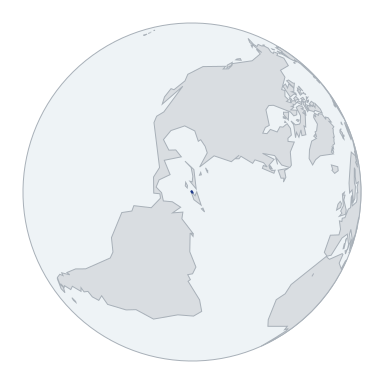 Grand'Anse on an orthographic globe, rotated 57°
{"feature_id": "HTI-1359", "entity_name": "Grand'Anse", "entity_type": "Department", "adm_level": 1, "iso_a3": "HTI", "parent_name": "Haiti", "parent_adm1": "", "projection": "orthographic", "projection_center": [-74.06, 18.515], "detail": "fine", "context": "on_globe", "style": "filled", "palette": "blue", "viewbox_px": 384, "rotation_deg": 57, "n_neighbors": 0, "source": "natural_earth", "source_scale": "10m", "svg_char_len": 9236}
<svg xmlns="http://www.w3.org/2000/svg" viewBox="0 0 384 384"><g transform="rotate(57 192 192)"><circle cx="192" cy="192" r="169" fill="#eef3f6" stroke="#a8b0b8"/><path d="M180.0,221.8L176.0,219.9L172.1,224.7L158.5,216.1L153.8,205.9L113.1,186.1L109.2,180.4L109.5,172.0L98.3,142.1L102.1,169.1L97.3,163.3L93.9,153.3L96.4,151.4L95.0,137.4L91.0,131.4L92.8,114.5L104.9,95.3L105.8,98.8L108.6,94.3L107.7,89.8L106.4,88.0L114.7,70.1L113.4,59.6L107.4,60.3L113.0,57.5L98.0,62.1L93.7,61.3L101.9,59.9L105.4,58.2L104.2,56.2L107.5,54.0L108.8,52.0L112.9,49.7L117.4,49.6L120.1,48.4L119.1,47.1L122.6,44.5L123.6,46.4L129.8,42.1L138.5,42.4L138.1,51.5L146.3,51.5L154.9,61.0L157.5,58.9L162.4,61.9L167.3,60.8L167.5,63.4L171.2,60.3L170.1,58.3L171.3,56.3L174.1,55.6L174.8,58.6L173.5,59.4L175.2,60.0L174.4,61.8L176.4,60.5L176.9,64.5L180.5,59.6L184.3,62.1L183.6,65.1L178.4,65.9L163.6,76.5L161.3,80.6L163.3,85.2L178.2,90.9L177.8,95.3L181.2,100.6L183.9,97.3L182.2,92.2L188.0,87.9L185.2,82.7L187.1,80.4L186.5,75.0L192.3,74.8L198.4,77.7L199.2,82.3L201.9,83.9L205.8,79.0L211.9,87.7L223.7,94.1L224.7,96.7L218.2,102.1L206.4,102.9L198.0,111.8L209.3,105.3L211.5,112.9L214.3,114.0L217.5,113.4L219.0,110.4L220.9,113.1L210.5,120.1L208.6,117.7L211.9,115.3L206.4,116.0L199.3,121.7L201.0,125.5L188.7,131.5L189.7,134.5L187.6,137.8L186.8,132.4L188.0,142.5L173.7,153.8L175.2,172.0L167.5,157.9L160.9,156.1L152.9,156.2L152.9,159.1L142.3,156.4L132.6,162.1L129.0,176.2L132.5,187.4L144.3,188.6L147.9,182.7L156.7,181.8L150.3,198.0L165.5,200.9L163.9,213.0L168.3,219.4L176.0,217.9L183.9,220.9L189.5,213.8L198.6,209.8L198.9,219.7L203.9,210.6L209.0,215.1L227.0,213.7L225.7,216.1L240.9,226.4L257.1,229.6L260.9,236.1L259.0,240.6L264.6,241.1L264.7,243.9L286.6,244.4L297.4,248.9L296.9,258.3L287.3,270.8L277.6,293.5L260.2,303.0L255.0,311.5L240.3,324.0L229.8,324.3L232.1,329.2L225.7,332.7L218.7,333.4L217.0,336.9L211.8,337.2L214.9,339.2L205.9,343.7L207.8,346.8L201.2,349.9L202.6,351.5L200.3,351.5L197.7,352.1L197.3,353.0L190.4,351.5L189.0,347.7L191.9,345.7L188.8,345.3L194.9,339.6L191.4,340.8L193.1,331.5L198.5,323.1L202.8,296.5L199.3,291.0L186.4,284.4L171.0,262.1L175.2,252.8L171.8,248.2L183.0,234.7L180.0,221.8ZM33.9,147.5L35.1,143.7L34.8,146.6L33.9,147.5ZM35.6,141.0L35.2,142.4L35.5,141.2L35.6,141.0ZM35.6,139.9L35.6,140.7L35.5,140.2L35.6,139.9ZM35.4,138.9L35.6,139.3L35.4,138.9ZM174.2,178.2L191.7,186.8L181.8,187.9L183.6,186.3L179.2,182.7L171.0,179.4L162.3,181.1L174.2,178.2ZM35.7,136.3L35.8,135.5L36.1,135.5L35.7,136.3ZM182.1,168.2L179.1,167.5L182.0,167.4L182.1,168.2ZM105.2,87.7L107.3,90.0L106.9,95.1L104.8,93.3L105.2,87.7ZM106.4,78.8L108.3,79.0L105.0,83.3L104.9,81.9L106.4,78.8ZM102.3,61.6L103.4,62.7L101.2,62.5L102.3,61.6ZM108.3,52.1L107.0,52.6L108.2,51.4L108.3,52.1ZM183.3,75.5L184.8,75.3L184.2,76.4L183.3,75.5ZM181.5,73.6L179.6,75.1L178.5,74.4L179.7,73.5L181.5,73.6ZM115.6,47.0L118.0,45.1L116.3,46.9L115.6,47.0ZM184.1,72.0L176.8,73.0L174.9,71.8L177.8,67.5L184.1,72.0ZM120.0,44.0L125.8,40.0L123.3,40.6L133.7,37.2L125.3,41.4L123.6,43.4L122.5,43.0L120.0,44.0ZM168.5,57.9L169.8,60.1L166.2,59.0L168.5,57.9ZM165.9,57.8L152.9,58.1L152.3,54.9L156.8,55.2L154.0,51.9L160.1,50.1L163.0,51.6L162.2,53.9L165.1,51.5L165.9,57.8ZM138.5,36.2L140.6,35.4L139.2,36.2L138.5,36.2ZM171.5,55.5L168.9,55.7L168.3,52.9L173.3,52.0L171.9,53.1L171.5,55.5ZM150.3,52.1L150.6,50.1L155.7,48.0L156.5,46.9L160.2,49.8L150.3,52.1ZM173.5,53.4L175.9,51.6L178.7,52.4L174.0,55.1L173.5,53.4ZM166.0,52.6L165.9,51.2L167.6,51.6L166.0,52.6ZM190.1,54.8L187.0,54.7L186.4,53.2L190.1,54.8ZM176.6,50.9L175.6,50.7L175.0,50.2L177.1,49.2L176.6,50.9ZM163.5,48.3L165.5,48.0L162.3,47.0L165.9,45.6L167.7,47.9L168.5,46.4L169.6,46.0L169.8,48.4L163.5,48.3ZM177.5,46.8L181.0,49.7L186.9,49.9L187.6,51.2L178.1,50.7L177.5,46.8ZM173.0,47.5L175.9,47.3L175.3,48.8L172.9,49.9L173.0,47.5ZM167.7,44.0L161.7,45.5L161.5,44.9L167.7,44.0ZM179.3,46.5L178.4,45.8L179.8,46.3L179.3,46.5ZM171.4,44.3L169.3,44.9L169.2,44.2L171.4,44.3ZM178.4,44.2L179.6,45.1L178.0,45.7L178.4,44.2ZM175.3,44.0L175.6,43.1L176.7,45.5L174.4,44.3L175.3,44.0ZM171.7,43.7L170.9,43.5L172.6,43.6L171.7,43.7ZM183.9,41.4L185.6,44.3L182.1,45.7L180.9,42.6L183.9,41.4ZM201.8,354.4L190.9,352.1L197.1,353.2L201.7,351.8L207.3,353.4L201.8,354.4ZM215.2,350.3L220.4,349.2L221.5,349.5L218.2,350.4L215.2,350.3ZM323.1,85.5L324.7,87.6L320.4,82.8L311.7,72.7L323.1,85.5ZM300.2,62.3L302.4,64.1L303.3,64.9L305.0,66.4L306.9,68.2L305.9,67.3L303.9,65.5L304.3,66.2L313.8,75.6L316.2,77.8L320.1,83.7L324.4,88.1L327.1,92.0L320.7,86.0L317.9,82.9L309.8,79.1L313.1,82.8L321.0,86.8L320.6,87.4L325.2,93.3L321.3,89.3L311.9,84.7L312.3,91.3L320.8,109.7L319.4,113.7L314.7,113.9L303.6,99.5L308.0,92.1L304.1,87.7L296.5,84.1L298.4,82.4L295.8,80.3L296.8,77.7L291.5,70.2L291.5,67.5L283.0,61.2L281.8,59.2L287.2,63.3L290.9,65.1L290.1,59.7L288.0,57.6L282.6,54.2L283.0,53.4L277.8,50.9L274.2,47.1L274.3,49.8L267.8,46.6L262.1,43.0L260.0,42.6L269.3,48.7L273.0,50.9L276.2,51.8L286.2,59.0L287.9,61.8L277.4,56.6L278.6,60.3L270.0,55.4L250.2,40.6L245.3,36.7L250.6,35.3L255.5,37.3L256.0,38.6L261.5,39.7L258.2,38.5L258.6,38.1L252.5,35.7L252.5,35.3L246.7,33.8L246.1,33.2L249.7,34.1L240.2,30.7L237.0,29.4L234.8,28.8L233.4,28.6L230.3,27.5L228.9,27.1L229.3,27.3L226.7,27.0L221.0,26.1L220.2,25.7L222.2,26.0L225.2,26.3L225.3,26.3L236.9,29.1L248.4,32.7L259.5,37.1L270.4,42.3L280.8,48.2L290.8,54.9L300.2,62.3ZM224.0,26.1L221.2,25.8L217.9,25.4L218.9,25.3L218.3,25.3L216.4,25.0L213.9,24.5L212.4,24.6L193.0,24.0L186.1,23.7L189.2,23.3L174.8,24.2L168.2,24.8L168.7,24.8L162.1,25.9L164.0,25.7L163.8,25.9L147.7,30.1L143.4,31.2L137.0,34.1L137.2,34.3L140.1,33.5L133.7,37.2L123.3,40.6L123.3,40.0L116.8,43.0L117.8,41.3L115.5,41.8L120.4,39.0L118.9,39.7L123.5,37.6L125.6,36.9L124.6,37.1L127.9,35.7L128.8,35.3L140.2,31.2L151.9,27.9L163.7,25.4L175.7,23.8L187.8,23.1L200.0,23.2L212.0,24.2L224.0,26.1ZM359.0,217.9L359.6,201.8L359.7,189.1L359.0,185.6L357.9,189.4L356.5,185.2L355.5,186.8L346.0,201.5L340.6,197.6L328.2,180.0L328.1,169.3L323.6,159.3L319.2,114.6L323.3,113.4L325.5,99.6L326.6,99.4L331.8,107.3L337.7,108.7L333.3,100.7L333.4,99.6L339.8,110.2L345.4,121.2L350.2,132.7L354.1,144.4L357.2,156.4L359.3,168.6L360.6,180.9L361.0,193.3L360.4,205.6L359.0,217.9ZM326.6,134.3L328.1,137.4L326.6,134.3ZM227.6,213.6L229.8,215.3L226.9,215.6L227.6,213.6ZM180.4,192.0L184.1,192.3L186.0,193.8L183.2,194.3L180.4,192.0ZM211.4,191.6L215.6,192.3L211.2,193.3L211.4,191.6ZM194.4,187.9L208.0,191.5L199.5,194.6L190.9,192.5L196.8,191.5L194.4,187.9ZM180.3,174.0L182.7,174.8L182.0,176.6L180.3,174.0ZM184.2,168.2L183.4,168.4L182.2,166.9L184.2,168.2ZM212.1,112.4L213.0,112.0L216.3,112.1L214.8,113.4L212.1,112.4ZM230.8,105.3L233.5,109.9L230.5,107.3L228.9,109.8L220.6,107.9L224.7,98.0L224.4,102.7L230.8,105.3ZM210.7,103.4L215.5,105.2L210.0,103.6L210.7,103.4ZM280.6,72.8L283.1,72.9L286.0,75.8L285.9,80.6L281.8,76.3L280.6,72.8ZM286.0,72.6L275.6,67.0L275.2,64.3L277.2,66.6L278.0,65.4L281.4,69.0L291.1,72.5L294.3,75.4L292.6,81.7L291.4,77.8L289.0,77.7L286.0,72.6ZM249.7,61.7L245.2,60.4L250.2,56.0L253.8,57.8L254.1,62.2L249.9,62.8L249.7,61.7ZM190.7,64.6L188.6,65.3L188.4,64.3L190.0,63.0L190.7,64.6ZM188.7,54.9L199.4,61.2L197.6,62.1L206.0,65.3L204.6,69.1L199.2,66.8L204.3,72.5L198.9,71.9L202.9,75.6L191.0,70.1L186.3,70.3L192.1,68.6L193.6,64.9L192.8,63.4L187.1,59.4L177.7,58.5L177.7,55.2L180.1,53.1L182.4,52.8L181.7,54.9L185.2,53.0L185.9,56.0L188.7,54.9ZM209.1,37.1L207.4,38.7L214.6,37.5L215.3,39.5L216.1,39.3L218.8,41.0L223.4,42.7L223.0,43.7L224.9,44.0L226.7,45.3L229.3,46.2L229.4,48.3L232.6,49.6L230.9,50.0L236.3,51.7L232.3,51.4L234.3,53.4L237.1,52.6L231.5,64.7L232.2,70.7L235.0,76.1L227.8,75.6L220.6,70.5L214.5,63.9L214.8,58.4L211.5,59.5L210.7,57.3L213.7,57.4L208.6,56.0L208.7,54.3L203.3,49.8L195.9,49.4L193.8,47.9L196.7,47.3L192.5,46.4L196.5,44.3L195.0,43.3L197.6,40.6L204.1,40.2L201.9,39.2L203.8,37.4L209.1,37.1ZM184.8,40.6L192.4,39.2L196.6,39.8L190.4,44.5L191.2,45.7L187.4,49.2L181.5,48.3L183.1,47.3L183.3,46.2L185.1,46.9L183.8,45.6L186.0,44.3L185.6,43.0L188.2,42.8L184.8,40.6ZM324.7,95.6L325.0,94.9L324.7,93.2L327.6,97.1L324.7,95.6ZM318.4,92.5L318.2,91.2L322.2,95.3L321.9,96.2L318.4,92.5ZM314.7,87.2L317.9,90.8L316.0,89.4L314.7,87.2ZM286.7,62.2L286.0,60.9L287.3,61.5L289.2,63.2L286.7,62.2ZM230.5,35.8L228.9,36.1L227.9,35.7L222.2,35.3L221.2,34.0L224.2,33.7L230.5,35.8ZM327.9,92.6L328.2,92.3L328.7,93.7L327.9,92.6ZM228.5,34.3L226.3,34.2L227.1,33.6L228.5,34.3ZM220.1,33.1L220.6,32.4L220.4,33.8L220.1,33.1ZM216.6,26.3L225.7,27.9L231.5,29.0L233.7,29.0L234.5,30.0L225.5,28.4L216.6,26.3ZM196.0,24.2L194.1,24.7L192.3,24.4L192.5,24.2L196.0,24.2ZM196.7,24.5L199.2,25.4L196.5,25.6L195.0,24.9L196.7,24.5ZM214.2,28.8L217.0,29.3L216.2,29.7L214.2,28.8ZM139.7,35.3L140.5,35.4L138.7,35.8L139.7,35.3ZM165.0,25.7L164.3,26.1L162.2,26.3L165.0,25.7ZM161.2,27.2L164.1,26.6L161.4,27.4L161.2,27.2ZM170.5,25.5L165.4,26.5L169.8,25.4L170.5,25.5Z" fill="#d9dde1" stroke="#a8b0b8" stroke-width="1"/><path d="M190.9,192.5L190.9,192.4L190.9,192.1L191.0,191.9L191.0,191.7L191.3,191.6L191.5,191.5L192.1,191.7L192.3,191.8L192.5,191.8L192.8,191.9L192.9,192.0L192.8,192.3L192.7,192.3L192.4,192.4L192.2,192.4L191.9,192.3L191.6,192.4L191.4,192.4L191.2,192.4L191.1,192.5L191.0,192.4L190.9,192.4L190.9,192.5ZM192.7,191.7L192.8,191.6L193.0,191.7L192.9,191.8L192.7,191.7L192.7,191.7Z" fill="#3b82f6" stroke="#1e3a8a" stroke-width="1.5"/></g></svg>